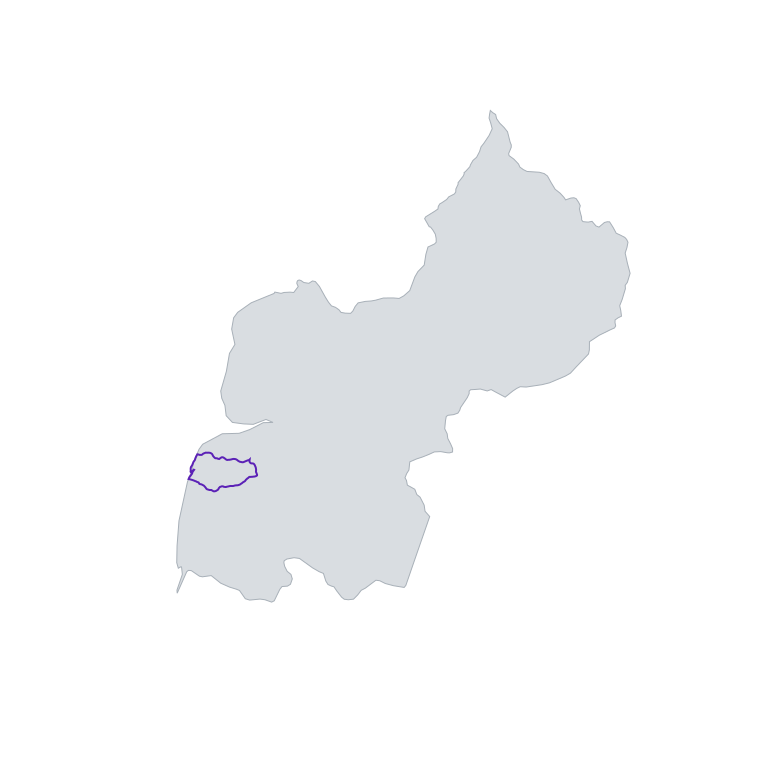 II-1 Moruka/Pomeroon, Pomeroon-Supenaam, Guyana (highlighted), rotated 241°
{"feature_id": "73187651B89852633315", "entity_name": "II-1 Moruka/Pomeroon", "entity_type": "district", "adm_level": 2, "iso_a3": "GUY", "parent_name": "Guyana", "parent_adm1": "Pomeroon-Supenaam", "projection": "mercator", "projection_center": [-58.911, 7.285], "detail": "fine", "context": "in_parent", "style": "outline", "palette": "violet", "viewbox_px": 768, "rotation_deg": 241, "n_neighbors": 0, "source": "geoboundaries", "source_scale": "gbopen_adm2", "svg_char_len": 6288}
<svg xmlns="http://www.w3.org/2000/svg" viewBox="0 0 768 768"><g transform="rotate(241 384 384)"><path d="M245.9,359.7L229.7,341.6L213.4,323.4L197.3,305.5L196.3,303.0L203.0,294.5L208.9,288.4L214.0,284.9L216.3,281.8L214.5,268.7L214.6,264.0L212.3,258.8L210.6,253.0L212.6,248.2L215.0,244.9L218.1,243.6L225.6,242.4L230.9,241.9L232.8,240.0L235.8,237.8L239.9,237.6L247.7,239.2L251.3,236.3L257.8,232.4L272.4,225.5L275.7,221.1L278.0,214.2L277.8,211.0L276.3,209.8L272.6,208.7L267.1,208.5L262.6,210.3L258.0,209.3L254.2,205.1L254.0,201.6L256.3,196.6L254.9,193.3L247.6,182.9L247.7,180.0L253.0,175.3L256.0,171.3L260.1,161.8L263.4,158.6L273.5,157.5L276.1,155.4L281.3,150.4L289.0,144.6L300.2,140.0L303.4,131.7L305.4,129.4L314.2,125.0L315.8,122.6L315.5,120.5L301.3,101.7L304.1,103.0L315.2,115.3L321.3,117.9L322.6,118.0L322.6,114.8L328.2,116.1L342.7,124.5L363.8,138.4L393.6,164.6L402.0,174.5L407.7,179.2L416.6,190.6L419.2,196.2L418.9,218.4L411.1,233.4L409.2,244.7L408.7,259.7L404.2,268.3L410.2,263.6L412.1,250.1L417.2,241.8L423.9,232.8L432.8,230.6L442.4,234.5L450.2,235.2L457.0,237.8L471.5,252.3L485.7,263.7L490.9,272.8L505.9,277.4L514.8,284.6L517.6,290.8L519.4,307.2L516.5,331.8L517.3,333.1L513.2,337.9L512.5,341.0L509.8,346.5L507.8,349.4L510.8,356.2L514.2,356.5L515.5,357.4L516.3,358.7L516.1,360.2L514.8,361.5L511.6,363.1L508.5,367.1L508.8,371.4L506.9,373.6L500.6,374.8L488.5,374.8L482.5,375.1L477.8,375.9L474.6,378.7L470.7,380.6L467.5,381.1L464.8,384.4L462.0,389.0L462.9,392.1L465.8,396.4L467.5,400.7L465.3,407.7L462.8,413.1L461.4,417.2L459.5,425.1L454.8,433.8L451.5,438.7L451.5,444.1L453.2,451.8L462.7,462.9L465.9,468.2L468.5,476.8L477.1,483.5L482.5,488.9L482.0,496.1L482.7,498.4L486.1,500.2L490.1,501.5L494.6,501.4L498.7,500.8L499.6,499.8L508.9,499.7L510.0,501.5L510.5,511.8L510.9,516.0L513.1,517.7L514.5,520.2L514.5,522.6L515.0,528.3L516.3,531.4L516.1,537.6L517.1,539.8L519.7,541.4L522.9,545.8L524.1,546.3L524.8,547.9L527.5,554.2L529.0,556.1L530.0,556.4L530.4,558.5L532.4,564.4L533.8,565.9L536.4,570.2L537.4,574.9L540.9,580.2L544.4,583.9L546.0,587.8L550.4,596.4L554.8,602.4L560.7,603.9L565.6,604.8L568.7,607.1L571.7,609.6L568.5,610.7L565.6,612.3L561.5,611.1L555.9,611.7L550.1,613.4L544.7,614.3L534.5,611.6L531.4,611.2L529.3,610.0L525.1,604.7L523.1,604.1L517.7,606.6L511.1,608.3L507.9,608.0L504.1,609.7L500.6,612.1L493.9,622.5L490.4,626.1L486.7,627.8L479.3,627.8L471.3,628.1L465.4,630.6L459.8,631.9L457.0,632.1L456.0,637.7L454.8,640.4L453.0,641.9L448.7,642.3L444.8,642.1L442.4,639.8L438.0,638.6L434.2,637.7L431.6,636.4L429.6,636.7L427.9,639.1L426.6,641.1L425.4,644.8L419.5,646.0L417.0,648.1L418.4,655.1L417.7,657.8L416.5,659.9L409.4,660.3L403.3,660.2L399.8,662.8L395.4,665.7L392.8,666.3L389.7,666.1L385.5,662.6L381.6,658.4L371.5,655.4L361.5,652.9L354.9,646.1L353.4,642.8L350.3,641.3L342.5,633.3L338.2,628.1L333.5,626.7L328.2,624.6L328.4,620.8L328.0,617.2L325.7,615.8L322.5,614.8L321.3,612.8L321.7,608.0L322.3,595.9L321.4,584.2L314.2,580.1L311.1,577.4L305.7,560.1L303.1,552.3L303.0,546.6L304.8,529.3L306.8,521.9L312.4,506.9L315.6,501.8L315.8,498.0L315.4,493.2L313.8,483.6L323.2,477.5L327.2,475.0L327.9,470.9L332.9,465.8L335.1,460.9L337.0,457.0L336.5,455.0L334.3,453.8L331.7,450.2L326.3,439.6L324.3,437.5L322.7,434.5L323.5,429.9L325.6,424.8L325.4,422.7L322.1,420.0L315.4,415.4L309.8,415.1L305.5,413.4L299.2,413.2L294.2,412.7L291.3,411.0L291.9,408.2L293.1,406.1L297.4,400.8L300.2,395.1L300.6,389.6L301.5,382.3L302.7,376.0L303.4,368.8L296.7,364.1L294.6,360.3L291.8,356.9L288.8,356.9L284.2,355.4L277.0,359.9L271.4,359.1L267.5,360.7L258.6,360.4L252.8,358.2L245.9,359.7Z" fill="#d9dde1" stroke="#a8b0b8" stroke-width="1"/><path d="M413.0,186.7L411.9,184.9L410.7,183.3L410.5,183.1L409.3,181.8L409.0,181.3L408.3,179.7L407.1,178.2L406.2,177.2L405.2,175.4L405.0,175.0L404.3,174.3L403.4,173.7L402.0,173.0L401.1,172.3L400.7,172.3L400.4,172.5L400.3,172.9L400.5,173.7L401.3,176.1L401.0,176.3L400.1,174.3L399.7,173.7L398.7,172.7L397.4,170.0L397.1,169.0L396.7,168.6L396.4,168.0L395.6,167.0L395.3,167.3L394.8,168.0L394.3,168.5L393.7,169.1L392.9,169.9L392.1,170.6L391.4,171.2L390.6,171.8L390.1,172.3L388.7,173.2L388.3,173.7L387.7,174.1L387.0,174.1L386.3,174.1L385.7,174.5L385.3,175.0L384.6,175.8L383.3,176.6L382.6,177.1L382.0,177.3L380.2,177.7L379.5,177.8L378.8,177.8L377.9,178.1L377.2,178.7L376.5,179.4L375.9,180.0L375.4,180.8L375.0,181.6L373.6,182.4L373.0,182.8L372.5,183.3L372.2,184.1L372.0,184.7L371.9,185.7L372.0,186.6L372.0,187.3L372.2,188.0L372.8,188.7L373.1,189.4L373.3,190.0L373.5,190.7L373.3,191.4L373.2,192.3L372.9,193.0L372.5,193.6L371.7,194.1L371.3,194.7L370.9,195.2L370.5,195.9L370.3,196.9L370.0,197.8L369.8,198.5L369.5,199.6L369.2,200.4L368.8,201.0L368.5,201.6L368.1,202.2L367.8,203.0L367.6,204.0L367.4,204.8L367.0,205.6L366.7,206.3L366.3,207.0L366.2,207.7L366.0,208.5L365.9,209.2L366.0,210.0L366.1,210.9L366.1,211.6L366.4,213.0L366.4,213.7L366.4,214.5L366.5,215.4L366.8,216.1L367.2,216.8L367.3,217.6L367.6,218.5L367.7,219.9L368.0,220.7L367.9,221.5L367.5,222.1L367.2,222.8L366.8,223.6L366.5,224.3L366.2,225.1L365.9,225.7L365.7,226.4L365.5,227.3L365.5,227.9L365.6,228.6L366.2,229.0L367.0,229.1L367.7,229.3L368.6,229.3L369.3,229.5L369.9,229.8L370.7,230.4L371.3,230.7L371.9,230.9L372.7,231.2L373.5,231.4L374.5,231.5L375.4,231.6L376.2,231.6L376.9,231.5L377.5,231.3L378.0,230.9L378.5,230.2L378.8,229.6L379.3,229.1L380.1,228.8L380.7,228.7L381.4,228.8L382.1,229.1L382.7,229.6L383.1,229.9L382.9,229.1L383.1,228.4L383.3,227.7L383.4,226.9L383.5,226.0L383.6,225.1L383.7,224.2L383.8,223.2L384.1,222.4L384.5,221.8L385.0,221.3L385.4,220.8L385.9,220.2L387.3,219.3L388.0,219.0L388.6,218.8L389.3,218.4L390.1,217.9L390.6,217.3L391.1,216.6L391.5,215.9L391.8,215.0L392.0,214.2L392.2,213.3L392.5,212.7L392.7,211.9L393.1,211.2L393.4,210.6L393.6,210.0L394.3,209.4L395.2,209.0L396.0,208.7L396.6,208.4L397.4,208.0L398.0,207.5L398.5,206.8L398.6,205.9L398.5,205.0L398.4,204.2L398.3,203.5L398.7,203.0L399.3,202.4L400.0,201.9L400.5,201.0L401.0,200.4L401.7,200.1L402.5,199.9L403.4,199.7L404.3,199.6L405.1,199.7L405.8,199.7L406.4,199.6L407.0,199.3L407.6,198.9L408.1,198.5L408.7,197.7L409.2,196.9L409.6,196.0L410.0,195.4L410.4,194.8L410.5,193.9L410.6,193.2L410.7,192.5L410.7,191.8L410.5,191.2L410.4,190.4L410.6,189.7L411.0,189.1L411.3,188.5L411.7,188.0L412.3,187.6L413.0,186.7Z" fill="none" stroke="#5b21b6" stroke-width="2"/></g></svg>